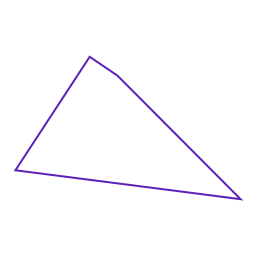 the state/province of Pointe La Rue
{"feature_id": "SYC-5217", "entity_name": "Pointe La Rue", "entity_type": "state/province", "adm_level": 1, "iso_a3": "SYC", "parent_name": "Seychelles", "parent_adm1": "", "projection": "albers", "projection_center": [55.516, -4.673], "detail": "fine", "context": "isolated", "style": "outline", "palette": "violet", "viewbox_px": 256, "rotation_deg": 0, "n_neighbors": 0, "source": "natural_earth", "source_scale": "10m", "svg_char_len": 181}
<svg xmlns="http://www.w3.org/2000/svg" viewBox="0 0 256 256"><path d="M89.7,56.8L117.4,75.6L240.6,199.2L15.4,170.3L89.7,56.8Z" fill="none" stroke="#5b21b6" stroke-width="2"/></svg>